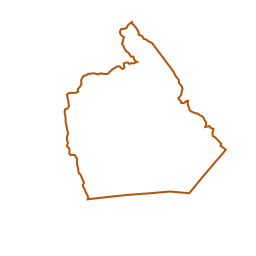 Barro, Ceará, Brazil, rotated 238°
{"feature_id": "56859067B69548867722169", "entity_name": "Barro", "entity_type": "district", "adm_level": 2, "iso_a3": "BRA", "parent_name": "Brazil", "parent_adm1": "Ceará", "projection": "albers", "projection_center": [-38.751, -7.111], "detail": "fine", "context": "isolated", "style": "outline", "palette": "amber", "viewbox_px": 256, "rotation_deg": 238, "n_neighbors": 0, "source": "geoboundaries", "source_scale": "gbopen_adm2", "svg_char_len": 2142}
<svg xmlns="http://www.w3.org/2000/svg" viewBox="0 0 256 256"><g transform="rotate(238 128 128)"><path d="M60.6,112.8L52.0,129.8L40.2,145.4L47.0,165.4L54.0,187.5L55.7,193.0L57.7,199.3L61.1,198.3L63.9,197.0L65.3,198.7L73.8,197.0L76.3,195.7L78.0,196.4L79.5,197.3L80.7,199.0L82.0,200.0L83.2,198.9L84.6,198.0L86.4,198.1L87.3,195.8L87.9,194.0L89.5,195.8L91.1,197.2L94.2,197.1L96.1,197.4L97.9,197.4L99.4,196.7L100.8,195.6L102.7,195.1L104.0,194.1L105.0,192.7L106.8,191.6L108.5,190.3L111.0,189.7L112.8,190.7L115.1,190.7L117.7,191.9L119.2,193.3L119.9,191.8L119.5,190.1L119.7,188.2L120.9,186.5L123.0,187.1L124.4,186.5L126.6,186.6L127.6,189.8L129.3,192.1L130.9,193.2L132.4,195.0L134.8,195.7L137.6,195.3L139.4,195.0L141.6,196.5L143.9,196.3L147.1,196.0L152.0,196.4L162.8,195.5L168.9,195.0L187.3,193.4L190.7,191.3L193.2,190.4L195.3,188.6L198.3,188.7L200.1,187.6L201.3,186.5L203.5,187.7L207.6,188.0L209.9,187.7L212.1,187.5L214.1,186.9L215.8,187.5L215.5,184.0L215.1,182.1L213.8,180.2L213.8,178.1L215.5,174.5L214.3,172.5L212.3,171.4L210.0,171.5L207.1,172.7L205.0,170.1L203.5,169.0L202.7,167.5L200.0,167.6L196.7,167.1L194.3,167.1L191.4,168.3L189.5,168.4L186.9,168.3L185.7,170.3L181.8,169.4L179.2,170.7L179.9,167.0L181.2,165.1L181.6,163.1L183.6,162.6L184.7,160.6L184.8,158.4L181.3,157.0L180.7,155.0L182.0,154.1L184.8,153.6L185.9,151.5L186.0,145.8L185.5,143.2L184.6,139.4L187.1,135.6L188.8,134.0L189.6,130.8L192.5,128.1L193.5,125.8L194.8,123.5L195.1,120.0L195.6,117.6L193.5,113.7L189.9,111.7L188.6,109.5L187.6,106.1L185.2,104.7L185.9,101.4L188.3,97.9L189.0,95.7L188.7,93.9L186.6,93.1L184.8,92.4L183.1,91.9L177.6,89.3L176.5,87.0L177.2,84.7L175.3,82.7L171.4,81.2L169.4,80.3L165.9,78.1L163.9,77.5L156.2,74.6L154.7,73.8L153.0,71.8L150.7,70.2L148.9,69.5L147.2,69.2L145.0,66.6L141.4,67.3L139.3,66.1L137.8,64.7L135.7,64.9L134.7,66.6L133.3,68.6L131.0,68.6L129.1,68.4L126.7,67.1L124.3,65.6L122.6,65.0L120.0,64.3L117.6,62.9L115.5,62.4L113.5,63.0L112.0,62.8L109.7,62.3L104.9,61.7L103.6,59.5L102.1,58.9L98.7,58.7L96.2,58.2L92.5,57.9L90.0,57.4L88.9,56.0L84.5,65.3L81.2,72.2L74.0,87.0L72.2,90.7L66.3,102.1L60.6,112.8Z" fill="none" stroke="#b45309" stroke-width="2"/></g></svg>